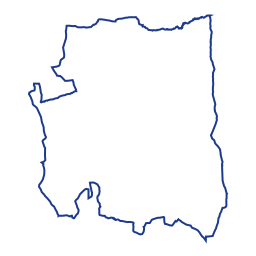 outline of Nzega, Tabora, United Republic of Tanzania
{"feature_id": "72390352B4567455644907", "entity_name": "Nzega", "entity_type": "district", "adm_level": 2, "iso_a3": "TZA", "parent_name": "United Republic of Tanzania", "parent_adm1": "Tabora", "projection": "mercator", "projection_center": [33.009, -4.4], "detail": "fine", "context": "isolated", "style": "outline", "palette": "blue", "viewbox_px": 256, "rotation_deg": 0, "n_neighbors": 0, "source": "geoboundaries", "source_scale": "gbopen_adm2", "svg_char_len": 5640}
<svg xmlns="http://www.w3.org/2000/svg" viewBox="0 0 256 256"><path d="M39.1,83.7L34.0,83.6L33.9,85.3L34.8,86.8L34.7,89.9L34.3,90.5L32.0,91.0L31.0,91.5L30.3,92.2L29.4,92.5L29.0,94.1L30.7,97.1L31.6,99.4L32.3,101.2L32.8,104.1L33.2,104.8L35.9,107.0L37.0,108.2L41.0,117.0L41.9,122.2L43.6,126.9L43.9,131.2L45.0,135.1L46.0,137.1L45.6,138.1L44.8,138.9L43.4,139.8L42.5,141.2L44.5,147.1L45.1,147.8L45.0,156.1L45.3,160.1L44.1,161.5L41.6,162.5L43.5,164.0L43.1,165.0L44.0,167.9L44.4,170.4L44.2,174.7L42.9,179.3L41.1,182.4L39.3,184.7L39.0,186.8L40.6,189.1L41.8,192.1L44.4,194.8L45.1,196.1L47.2,198.1L50.2,201.7L51.0,203.6L52.3,205.3L54.0,206.4L55.9,210.2L57.0,212.0L57.5,213.9L58.5,215.3L58.5,216.0L59.0,215.7L61.1,215.8L64.5,215.6L65.6,215.3L66.9,215.3L70.0,216.5L70.7,215.9L71.9,215.7L72.3,217.5L73.8,218.3L74.2,218.1L76.6,214.5L77.6,213.8L78.0,213.0L78.6,210.9L78.5,209.6L77.2,207.4L77.2,206.6L75.2,201.2L76.1,199.9L77.9,198.4L80.1,194.1L84.7,189.6L86.2,188.9L88.5,189.4L88.5,198.3L91.4,196.6L91.9,195.4L92.0,192.3L91.4,191.0L91.3,189.7L90.5,186.3L89.9,182.7L93.2,182.5L94.5,182.9L97.3,184.3L99.0,187.0L99.4,187.7L99.3,189.5L99.6,191.2L99.1,194.2L98.5,195.4L97.6,196.2L97.3,197.7L97.9,201.0L98.2,201.8L99.6,203.4L100.0,206.2L100.4,206.7L99.5,207.8L99.1,209.0L99.3,209.7L99.3,213.9L99.4,214.6L99.7,215.1L100.7,215.2L102.5,215.8L104.5,215.8L105.1,216.1L105.4,216.9L105.9,217.3L107.5,217.8L108.2,218.3L109.9,218.0L110.9,217.6L112.8,217.8L112.9,218.2L113.7,218.1L114.7,218.6L115.1,219.2L114.7,219.5L115.7,220.0L117.3,219.5L118.0,219.5L118.8,219.9L120.3,221.0L121.6,220.9L127.4,222.1L129.1,221.9L132.1,222.2L133.4,222.7L133.6,223.1L133.2,224.9L133.5,226.7L133.2,230.4L133.5,231.3L134.7,232.1L136.1,232.5L139.5,234.2L140.3,234.2L140.7,234.4L142.2,234.0L143.5,232.0L144.0,230.0L144.1,228.7L143.7,227.0L144.1,227.0L146.1,223.1L149.8,223.0L151.8,219.8L153.5,219.1L157.6,217.8L159.9,217.7L163.6,217.0L164.1,217.3L164.4,222.1L165.0,223.9L165.3,224.0L166.2,224.0L169.8,225.3L172.0,225.6L172.9,224.7L175.5,221.0L176.2,221.5L176.6,221.5L178.4,219.3L179.1,220.0L180.7,220.9L181.5,221.8L186.3,224.6L190.7,225.6L191.6,227.2L192.2,227.8L195.4,229.0L197.8,230.4L199.6,232.5L200.8,234.6L201.8,235.9L202.6,236.9L203.6,237.5L205.8,240.6L205.9,237.7L206.1,236.5L207.6,236.6L212.7,236.0L214.1,232.3L216.1,228.2L216.8,225.6L217.9,222.8L218.5,218.2L219.4,216.6L219.8,214.3L221.2,211.5L222.5,207.9L223.8,207.9L224.7,207.4L225.6,207.1L226.4,205.7L226.3,199.9L226.6,197.5L226.6,194.2L227.0,193.7L226.5,193.0L225.2,188.0L224.0,185.9L222.6,180.6L222.1,167.3L222.1,165.4L222.3,165.3L222.0,164.1L222.5,162.2L222.4,161.2L222.0,160.4L220.6,154.5L220.7,153.6L220.2,150.8L220.2,150.1L219.9,149.2L218.1,146.5L215.7,144.0L215.0,142.9L214.5,141.0L213.9,139.9L212.5,138.9L212.1,138.4L211.0,135.3L211.0,134.9L211.5,134.3L215.5,124.4L216.9,119.9L216.6,117.9L216.9,117.0L216.9,116.3L216.6,114.9L214.9,111.2L215.0,110.4L214.7,109.8L214.7,106.7L215.3,104.6L215.2,103.7L212.8,95.0L212.8,93.4L213.1,92.0L212.9,90.7L212.9,87.2L213.2,85.0L213.2,81.9L213.0,80.9L213.1,78.3L212.8,76.3L213.1,75.3L213.0,73.7L213.1,72.6L214.5,69.2L212.8,64.0L212.6,62.3L211.2,59.7L210.5,56.3L210.8,54.8L210.6,53.0L210.8,49.6L210.5,47.4L210.9,44.4L210.6,42.1L210.8,42.1L210.7,40.0L211.2,37.2L211.2,34.9L211.6,33.8L211.7,31.7L210.6,29.4L210.3,27.8L210.6,26.1L210.2,24.1L210.6,20.5L210.3,18.2L209.8,16.5L210.0,15.7L210.4,15.5L209.2,15.4L208.2,15.6L207.3,15.5L206.9,15.6L206.4,16.3L205.1,16.8L204.5,17.5L203.6,17.7L202.9,17.3L202.4,17.2L202.1,16.9L201.5,17.0L201.3,17.6L200.6,17.5L199.8,18.0L199.2,18.1L198.8,18.8L198.4,18.8L197.8,18.5L197.5,18.9L197.0,18.6L196.1,19.1L195.4,18.4L195.0,18.4L195.1,18.7L194.7,19.1L194.3,19.0L194.0,19.3L193.8,19.1L193.1,19.3L193.0,19.6L193.2,20.2L192.3,20.7L191.3,21.0L190.2,21.8L189.9,21.8L189.6,21.9L189.7,22.3L188.8,23.0L187.9,23.4L187.1,23.4L185.2,22.7L184.6,22.8L184.4,23.5L183.7,23.1L183.3,23.3L182.9,24.2L183.2,24.8L182.9,25.4L182.3,25.7L182.0,26.5L182.3,27.0L182.1,27.1L182.0,28.1L181.6,28.5L181.0,28.1L180.7,28.4L180.2,28.1L179.5,28.5L179.0,28.1L178.7,28.3L178.1,27.1L177.2,27.1L177.1,26.6L176.8,26.7L176.1,27.0L175.0,28.4L174.5,28.7L173.6,28.6L173.3,29.1L171.7,29.4L171.2,29.8L170.5,29.5L169.8,29.7L169.4,29.5L168.1,29.7L168.0,29.3L167.2,29.0L166.9,29.0L166.3,29.5L164.9,29.6L163.2,28.7L162.6,28.6L160.5,29.3L160.0,29.6L158.3,29.8L157.7,30.2L157.0,29.9L156.5,30.3L155.8,30.4L153.1,30.1L152.6,30.6L152.3,30.5L151.4,30.2L148.8,30.0L148.4,29.8L147.2,28.4L145.9,28.0L145.1,27.0L144.7,27.2L143.6,26.3L143.0,26.3L142.4,25.7L142.3,25.9L142.2,25.7L142.4,25.2L142.0,25.3L141.0,24.7L140.1,24.5L139.9,24.2L139.3,24.1L138.7,22.2L138.8,21.7L138.6,20.6L138.1,19.4L137.1,18.7L135.9,17.1L133.3,17.3L132.6,17.2L128.6,17.3L127.2,17.7L125.6,17.7L122.1,18.6L118.1,18.9L116.0,20.1L115.5,21.5L112.1,21.3L109.3,20.5L106.6,20.2L105.0,19.8L101.1,19.3L99.2,19.3L98.0,20.3L97.9,21.5L97.1,22.0L96.1,23.7L94.1,24.8L93.5,24.7L91.0,27.0L88.7,27.3L86.5,27.6L83.7,27.1L82.0,27.3L78.8,27.3L77.6,27.2L75.3,26.0L72.4,26.1L69.1,25.7L66.6,25.8L66.2,29.8L65.8,31.0L66.2,35.2L66.0,38.3L63.1,47.5L64.2,54.2L64.2,55.9L63.9,57.6L60.8,60.0L60.5,61.0L59.7,64.8L59.1,65.7L56.7,66.6L52.0,67.3L54.1,71.0L56.1,73.8L57.1,75.7L57.7,75.6L59.3,76.1L59.9,75.9L60.3,76.1L61.7,77.2L65.2,80.9L68.5,80.7L72.6,80.1L73.5,82.5L73.8,84.9L75.9,89.4L76.3,91.2L75.0,91.3L74.2,91.6L72.2,93.0L71.3,92.9L70.8,93.6L70.4,93.8L66.9,94.2L65.1,95.1L62.6,95.5L59.4,96.6L57.8,98.0L55.0,98.5L53.1,99.4L50.4,99.5L49.7,99.9L49.2,99.9L48.0,100.2L47.5,100.7L46.1,100.6L45.2,100.9L44.7,101.6L43.9,101.4L43.4,101.8L42.3,101.9L41.2,102.4L40.8,102.2L40.8,101.5L41.4,100.0L41.7,94.7L40.9,92.8L40.0,87.0L39.1,83.7Z" fill="none" stroke="#1e3a8a" stroke-width="2"/></svg>